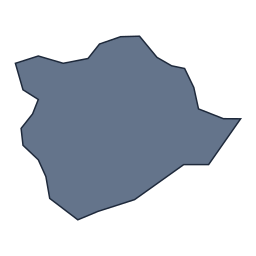 the border of Klina
{"feature_id": "KOS-5888", "entity_name": "Klina", "entity_type": "District", "adm_level": 1, "iso_a3": "XKX", "parent_name": "Kosovo", "parent_adm1": "", "projection": "natural_earth1", "projection_center": [20.583, 42.6], "detail": "fine", "context": "isolated", "style": "filled", "palette": "slate", "viewbox_px": 256, "rotation_deg": 0, "n_neighbors": 0, "source": "natural_earth", "source_scale": "10m", "svg_char_len": 439}
<svg xmlns="http://www.w3.org/2000/svg" viewBox="0 0 256 256"><path d="M139.5,36.2L157.0,57.4L171.6,65.8L184.6,68.5L193.8,87.5L198.5,108.9L223.4,118.7L240.6,118.8L208.6,164.6L183.7,164.6L134.6,199.6L97.9,211.4L77.8,219.8L49.7,198.4L45.9,176.6L38.3,159.8L23.0,145.3L21.1,128.4L32.6,113.9L38.3,99.5L23.0,89.8L15.4,63.3L38.3,56.0L63.2,63.3L88.0,58.5L99.5,44.0L120.6,36.7L139.5,36.2Z" fill="#64748b" stroke="#1e293b" stroke-width="1.5"/></svg>